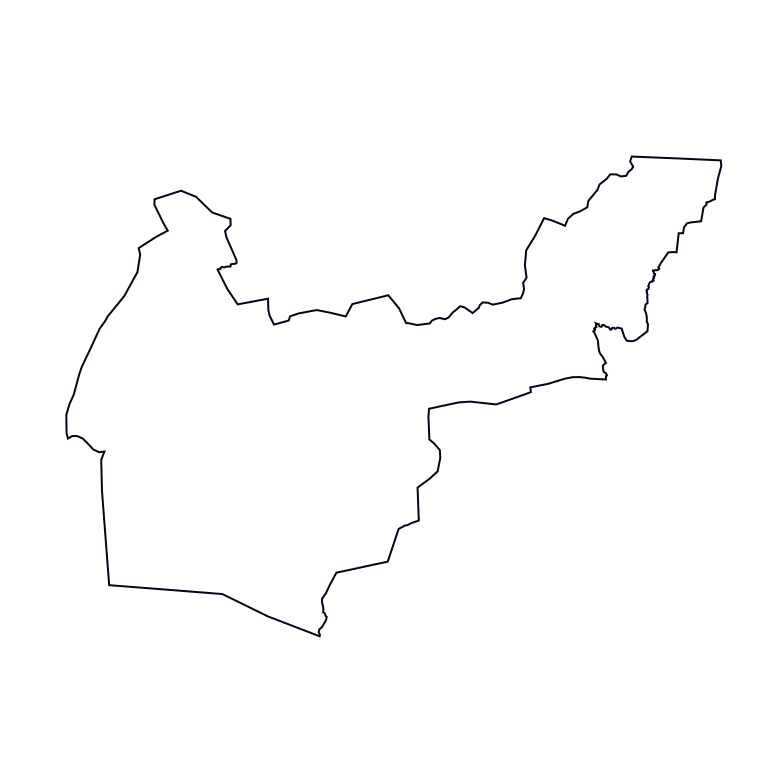 Kaura Namoda, Zamfara, Nigeria, rotated 276°
{"feature_id": "59680162B64690225464412", "entity_name": "Kaura Namoda", "entity_type": "district", "adm_level": 2, "iso_a3": "NGA", "parent_name": "Nigeria", "parent_adm1": "Zamfara", "projection": "equal_earth", "projection_center": [6.672, 12.478], "detail": "fine", "context": "isolated", "style": "outline", "palette": "ink", "viewbox_px": 768, "rotation_deg": 276, "n_neighbors": 0, "source": "geoboundaries", "source_scale": "gbopen_adm2", "svg_char_len": 4064}
<svg xmlns="http://www.w3.org/2000/svg" viewBox="0 0 768 768"><g transform="rotate(276 384 384)"><path d="M251.8,432.9L284.5,428.2L294.5,439.2L302.8,446.5L316.6,447.7L324.2,446.4L330.3,439.8L333.6,434.9L356.2,431.6L364.1,431.4L373.5,460.2L375.5,471.7L375.4,497.8L390.1,528.6L391.4,531.0L395.9,529.8L401.4,547.4L406.7,559.7L408.3,563.7L410.4,570.5L411.3,577.3L411.3,582.9L411.2,584.8L410.9,587.8L410.9,589.1L411.2,595.1L411.7,604.2L413.0,604.1L415.0,603.9L415.8,604.9L418.0,603.5L419.2,601.0L422.3,600.3L425.0,599.7L427.0,601.2L428.2,602.5L434.5,598.2L435.8,596.7L437.5,595.3L439.4,594.5L443.8,593.3L449.6,592.2L457.3,587.7L458.2,586.7L458.6,587.1L459.2,587.9L460.7,588.3L461.0,588.1L461.0,587.3L461.5,587.4L461.8,587.9L462.4,588.3L463.0,589.2L463.4,588.8L464.1,588.8L464.9,588.7L465.9,588.9L466.5,588.5L466.0,590.1L466.1,591.2L464.9,591.4L463.9,592.3L463.6,593.4L463.7,594.4L464.2,594.7L465.1,594.6L465.7,595.6L465.6,596.5L464.4,598.5L464.1,600.0L463.8,601.6L462.5,602.7L462.0,603.2L461.7,603.8L461.9,604.4L463.4,604.9L463.9,605.8L463.8,607.0L463.1,607.7L463.2,608.4L463.7,609.4L464.6,610.3L464.6,610.9L464.1,612.7L464.2,614.0L463.9,614.7L460.6,616.0L455.7,618.3L452.5,620.9L452.3,623.2L452.6,626.7L453.7,629.5L455.6,631.8L457.4,633.5L464.0,640.5L470.7,640.4L474.0,638.7L476.3,638.6L478.9,638.1L481.6,637.3L483.2,636.5L484.9,635.5L486.3,635.4L487.3,635.9L489.7,635.6L490.8,636.2L491.8,637.6L494.1,637.4L498.2,636.7L499.5,636.7L500.8,636.6L501.9,635.8L503.6,636.0L504.0,635.3L504.8,635.5L505.4,635.7L506.0,636.7L506.1,637.0L508.1,637.4L508.8,636.6L512.7,637.6L513.6,639.1L513.6,639.7L514.2,639.7L514.7,640.4L514.9,641.3L515.5,641.0L515.9,640.7L516.9,640.7L517.4,641.4L517.9,641.4L518.3,641.4L518.6,640.9L519.2,640.9L519.4,641.7L519.9,641.7L520.8,642.2L521.8,642.1L521.7,641.2L522.4,640.9L523.0,640.6L523.5,640.6L524.1,640.2L524.4,639.6L524.9,639.6L525.1,640.9L525.6,641.8L525.6,643.4L526.1,644.4L526.8,645.2L527.7,645.7L528.5,644.6L530.5,645.6L533.3,646.7L544.6,653.0L545.4,657.5L545.6,661.2L564.7,661.3L565.3,665.7L571.2,666.0L575.6,668.7L576.8,672.4L579.0,682.4L592.9,683.3L596.2,686.0L598.4,685.8L598.9,687.5L599.5,688.8L601.6,691.9L602.3,693.8L606.9,693.4L607.7,693.6L623.2,694.6L636.1,696.7L641.6,695.5L639.1,653.6L636.1,606.6L631.1,605.5L626.1,609.1L623.3,607.7L620.4,604.8L616.4,603.2L615.2,597.9L616.7,593.3L616.2,587.1L611.5,584.2L605.1,577.6L599.2,575.9L587.5,568.1L581.0,567.7L575.9,560.4L572.9,554.4L567.4,549.6L560.3,547.5L564.1,534.4L565.7,525.9L547.4,518.9L531.9,511.5L516.8,511.7L504.6,514.7L499.2,511.8L493.1,513.4L488.7,512.8L483.6,511.1L481.7,502.3L477.4,493.7L474.3,484.0L475.7,478.8L475.4,473.6L472.4,471.0L469.9,470.5L463.8,464.7L468.6,456.1L469.3,451.6L466.4,449.0L462.1,444.7L456.9,441.3L454.8,437.9L455.5,432.3L454.2,428.5L452.0,425.0L449.0,423.2L446.1,410.7L447.1,401.3L446.8,399.7L460.9,391.0L472.7,379.0L460.2,344.2L447.2,338.9L449.3,322.7L450.5,309.5L450.5,309.4L445.3,291.8L441.4,283.4L437.2,282.7L431.6,268.4L440.2,263.0L444.9,261.4L456.7,259.7L447.9,230.2L462.1,218.3L480.4,206.5L480.9,206.8L480.9,208.1L481.3,209.2L482.7,209.5L483.6,210.7L483.2,212.6L483.6,213.8L484.3,215.1L484.5,217.1L484.6,218.3L485.0,219.1L486.1,219.0L487.0,219.2L487.5,220.5L487.8,222.5L488.2,224.0L489.1,224.7L491.6,224.4L513.4,212.0L519.5,209.9L525.9,214.9L532.2,214.0L536.6,195.2L550.5,177.5L555.0,161.9L543.8,136.6L538.3,136.9L520.6,148.0L513.9,152.9L506.0,141.3L493.5,125.8L487.2,128.0L469.5,127.1L444.7,116.7L440.0,113.7L422.1,102.0L420.3,101.3L417.3,100.0L409.2,95.4L390.3,89.0L369.3,81.6L361.3,79.8L341.1,76.6L331.5,73.4L320.1,71.3L308.8,72.6L301.7,73.5L296.7,75.4L299.7,79.4L300.1,84.5L298.2,90.2L294.2,95.2L288.6,101.6L286.4,107.7L287.6,113.0L278.9,110.7L248.2,114.7L155.2,131.7L158.2,245.2L140.7,292.9L126.4,346.3L128.0,346.5L130.5,344.9L133.2,345.3L135.9,347.8L142.6,350.9L146.3,351.4L147.6,349.9L149.7,349.2L150.5,347.4L153.1,347.4L156.8,346.5L160.6,345.1L164.2,344.9L169.7,348.1L178.5,351.1L191.4,356.4L202.9,391.5L207.7,406.3L241.4,413.7L245.5,419.8L246.2,422.4L248.5,425.7L251.8,432.9Z" fill="none" stroke="#020617" stroke-width="2"/></g></svg>